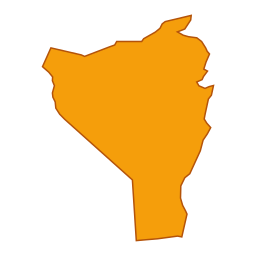 outline of Santana do Seridó, Rio Grande do Norte, Brazil
{"feature_id": "56859067B92813660171839", "entity_name": "Santana do Seridó", "entity_type": "district", "adm_level": 2, "iso_a3": "BRA", "parent_name": "Brazil", "parent_adm1": "Rio Grande do Norte", "projection": "albers", "projection_center": [-36.752, -6.743], "detail": "fine", "context": "isolated", "style": "filled", "palette": "amber", "viewbox_px": 256, "rotation_deg": 0, "n_neighbors": 0, "source": "geoboundaries", "source_scale": "gbopen_adm2", "svg_char_len": 892}
<svg xmlns="http://www.w3.org/2000/svg" viewBox="0 0 256 256"><path d="M187.0,214.1L185.6,211.0L182.6,205.3L180.5,198.1L180.8,185.9L184.8,177.7L189.8,173.7L200.3,150.8L203.1,140.1L207.3,133.9L210.7,127.6L206.8,123.2L204.2,119.0L205.1,114.2L208.4,99.0L211.4,95.2L213.5,85.5L209.2,86.6L205.0,88.4L198.9,85.8L196.7,82.0L202.1,79.6L203.5,76.5L207.5,71.1L203.8,69.1L206.0,62.1L209.5,54.0L207.2,51.3L205.6,47.8L201.6,41.5L196.8,37.8L188.5,36.7L183.2,35.2L177.4,31.9L184.8,29.0L190.7,20.0L191.2,15.4L165.2,21.6L162.2,23.9L160.0,28.3L155.3,32.1L143.7,38.7L141.7,41.5L116.7,41.5L114.7,45.0L108.6,47.2L84.6,56.4L81.2,54.9L50.9,47.9L42.5,66.7L48.7,72.1L52.6,76.9L52.4,80.7L54.4,85.7L52.4,93.0L52.9,97.2L55.2,101.9L55.8,108.1L59.7,114.2L64.6,119.2L113.3,162.8L132.4,179.9L136.3,240.6L146.4,239.7L157.4,238.8L177.6,236.1L181.8,236.9L187.0,214.1Z" fill="#f59e0b" stroke="#b45309" stroke-width="1.5"/></svg>